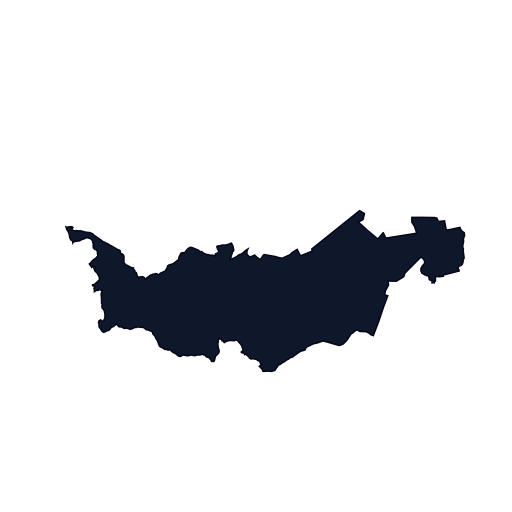 the district of Dalnic, Covasna, Romania, rotated 313°
{"feature_id": "2599482B83392942067718", "entity_name": "Dalnic", "entity_type": "district", "adm_level": 2, "iso_a3": "ROU", "parent_name": "Romania", "parent_adm1": "Covasna", "projection": "mercator", "projection_center": [25.968, 45.934], "detail": "fine", "context": "isolated", "style": "filled", "palette": "ink", "viewbox_px": 512, "rotation_deg": 313, "n_neighbors": 0, "source": "geoboundaries", "source_scale": "gbopen_adm2", "svg_char_len": 6158}
<svg xmlns="http://www.w3.org/2000/svg" viewBox="0 0 512 512"><g transform="rotate(313 256 256)"><path d="M383.6,414.8L384.4,413.6L384.6,412.6L385.3,411.7L387.1,411.4L388.9,412.4L390.8,412.5L393.2,411.3L393.9,410.5L396.6,409.5L401.2,403.9L402.6,402.9L403.1,401.8L404.4,400.3L408.5,397.7L409.5,396.5L410.5,395.7L413.1,394.7L415.1,392.4L414.7,390.2L415.0,387.6L416.0,385.6L407.6,379.8L404.8,377.4L410.3,369.9L405.7,365.9L407.0,362.4L406.1,360.6L397.0,350.5L390.5,343.6L386.9,347.1L385.8,351.6L382.3,358.0L357.6,338.7L359.8,333.3L359.7,333.1L351.5,333.5L350.8,320.0L350.6,307.7L354.7,309.2L356.0,309.3L361.1,306.3L360.4,304.0L360.1,301.8L359.7,300.8L299.1,292.0L298.0,293.8L286.5,288.4L288.9,281.6L282.6,279.9L280.5,280.1L272.3,276.7L270.3,273.6L268.8,270.5L262.7,261.1L261.5,260.8L257.4,261.5L256.4,261.4L255.7,258.0L255.8,254.4L251.0,252.3L251.0,248.5L252.2,247.0L254.3,245.6L255.5,245.3L253.5,244.7L248.3,244.1L246.9,243.7L245.7,242.9L240.7,241.8L235.5,239.5L236.8,239.2L240.0,237.4L241.5,236.9L242.7,236.0L244.3,236.1L245.1,235.8L247.2,232.9L248.2,230.7L248.6,229.3L248.5,229.0L247.0,228.5L243.3,226.4L241.3,224.1L238.5,222.3L237.7,221.4L236.5,220.9L235.9,221.1L235.6,222.1L234.8,223.1L234.4,224.9L233.5,225.9L232.6,226.0L229.9,224.9L228.3,226.1L228.1,225.6L226.4,222.9L225.8,222.8L225.5,222.5L225.1,221.2L223.4,218.7L222.4,216.1L222.2,214.8L222.3,213.3L220.8,211.8L220.8,211.2L221.1,210.5L220.8,209.4L218.5,203.3L217.6,202.0L215.4,201.3L212.5,201.2L210.2,201.6L209.4,201.2L208.0,199.7L206.8,199.2L202.5,200.5L200.7,201.8L193.9,200.7L190.1,198.5L188.5,198.1L186.6,199.1L182.9,199.8L178.5,197.9L177.2,197.7L175.9,197.9L175.6,197.4L175.6,196.2L174.9,194.7L173.1,193.8L172.7,193.2L169.1,191.5L168.3,191.6L165.5,191.0L163.6,191.7L163.3,191.0L164.1,189.1L163.6,187.2L160.6,184.6L160.0,183.7L161.0,181.6L162.0,180.4L162.2,179.7L162.0,179.1L162.0,178.0L162.8,177.1L162.8,175.1L163.7,174.6L162.3,172.1L161.5,168.4L160.9,167.6L160.9,164.6L161.4,163.6L165.3,160.1L166.0,159.2L166.3,158.4L166.3,156.9L165.7,155.2L165.9,154.5L167.2,153.1L167.2,152.4L166.3,150.1L164.8,143.4L164.2,141.5L163.9,139.2L163.3,138.1L162.9,136.1L162.2,134.3L161.5,128.1L160.8,124.1L160.8,121.2L159.7,118.4L157.3,115.2L154.8,110.5L154.0,109.9L151.8,107.0L151.3,107.2L151.0,107.0L149.9,104.5L149.9,104.1L150.4,102.5L151.9,102.8L152.0,102.5L151.9,101.5L151.6,101.0L149.9,99.4L148.3,98.5L147.8,97.2L146.3,99.5L146.0,101.3L144.8,104.1L142.4,107.3L141.9,108.4L141.5,109.7L141.8,110.8L141.8,111.8L140.7,113.0L141.3,112.9L143.2,113.7L146.8,116.7L148.6,117.1L151.4,118.6L153.6,119.5L154.1,119.8L155.5,122.5L155.9,124.1L155.7,126.0L154.0,128.2L153.5,129.4L152.5,129.8L152.3,130.6L151.9,130.6L151.4,131.0L151.5,131.3L151.0,131.6L150.9,132.1L151.2,132.8L150.9,133.1L150.9,133.5L151.6,134.7L151.2,136.6L151.3,137.3L149.9,138.0L148.3,140.2L148.0,140.3L145.0,140.3L142.0,139.6L140.0,139.5L138.6,139.8L136.5,139.5L135.8,143.3L135.6,143.6L137.7,144.3L138.3,145.2L138.4,145.8L136.9,146.9L136.7,145.9L136.5,145.7L136.0,146.5L135.9,147.3L135.2,148.1L135.1,151.7L133.5,156.2L132.6,156.9L132.3,157.5L131.4,157.7L125.1,157.2L123.5,156.1L123.0,156.6L122.9,157.0L123.6,158.2L122.9,159.3L121.7,159.7L121.1,160.8L119.7,162.1L121.7,162.6L122.3,163.0L123.0,163.9L124.5,164.4L124.9,164.8L125.3,165.9L126.0,166.9L122.6,168.6L118.9,172.7L116.2,175.1L115.5,177.0L114.8,177.0L113.7,178.1L113.0,179.0L112.9,180.9L112.3,182.6L110.5,185.1L108.9,186.7L107.9,187.3L107.2,188.4L106.1,188.1L105.0,188.8L104.1,188.6L103.0,186.8L103.4,186.5L103.3,185.9L101.4,185.4L99.6,186.4L99.2,187.7L97.8,188.7L97.0,190.1L96.7,192.2L96.0,194.1L96.1,196.4L97.4,197.3L99.7,198.0L100.9,198.9L102.4,199.2L105.3,198.8L106.1,199.4L108.3,200.1L110.7,200.3L111.3,201.0L111.0,201.7L110.7,203.4L111.0,204.5L112.2,205.8L112.7,206.9L113.0,208.9L114.7,210.4L116.0,212.4L116.6,214.1L119.3,215.5L120.2,215.5L122.3,217.3L123.1,217.5L126.8,222.2L127.2,223.9L127.2,225.9L128.3,227.6L129.8,231.3L129.3,232.8L128.7,233.5L128.4,236.9L127.6,238.6L127.0,241.0L125.9,243.5L125.9,244.0L125.1,244.7L124.9,246.4L124.3,246.6L124.5,247.2L124.3,247.7L124.4,248.5L125.0,249.8L125.5,253.0L126.8,254.6L127.2,256.0L128.4,256.5L129.0,257.4L128.8,257.6L128.7,259.8L129.1,260.6L128.9,261.4L129.7,263.2L129.9,267.3L130.6,268.7L131.2,269.5L133.7,269.7L134.1,270.6L135.2,272.3L136.2,272.9L135.9,273.4L136.5,274.3L137.0,274.4L137.9,275.2L139.3,275.9L139.8,276.9L140.3,277.0L140.4,277.8L141.5,279.4L143.4,280.4L144.9,281.8L145.3,282.6L146.6,283.1L148.0,284.2L147.9,285.1L148.5,285.6L148.6,286.9L148.4,288.1L148.6,289.0L149.6,291.0L149.3,293.6L148.7,295.2L148.9,295.8L149.8,296.9L150.8,297.1L154.9,294.8L159.6,294.9L160.8,294.3L161.9,293.3L163.3,290.8L165.6,288.1L166.6,287.3L167.2,287.3L168.3,285.9L169.1,285.8L169.9,285.0L170.6,285.9L171.5,287.8L170.8,289.2L171.4,290.1L171.0,291.7L171.1,292.0L173.4,292.5L176.4,294.5L179.2,297.9L181.0,298.6L181.6,301.4L181.3,302.0L180.9,305.8L180.3,307.4L178.6,310.5L177.1,310.9L175.8,310.6L175.4,311.1L176.7,313.6L176.2,315.1L177.3,315.2L177.3,319.3L176.9,321.2L177.2,321.7L177.3,322.7L178.4,323.3L180.5,326.5L180.8,327.5L180.7,328.6L181.8,330.8L181.3,331.1L180.7,331.9L180.2,333.7L178.8,333.9L177.6,333.6L177.3,338.2L176.3,339.7L180.5,343.8L182.1,346.0L185.1,347.8L191.5,346.8L193.1,347.6L195.3,348.0L198.8,349.1L200.3,349.2L203.2,350.2L204.7,350.3L207.5,351.8L208.6,351.8L216.5,353.5L220.6,355.9L222.9,355.2L224.1,355.2L230.8,357.8L234.3,360.2L239.4,362.9L241.2,365.9L247.1,377.6L248.0,378.4L251.2,379.8L256.1,380.0L263.5,378.7L266.2,379.3L269.4,379.6L270.9,380.3L271.6,383.4L275.8,388.2L276.6,390.9L276.8,394.2L277.4,394.8L277.8,396.1L291.8,390.4L306.1,383.9L316.8,379.5L315.5,376.9L316.7,375.6L319.4,374.2L325.0,372.8L325.8,372.1L327.6,369.5L333.2,375.8L341.1,378.1L342.5,377.9L345.0,376.6L367.2,377.3L368.0,378.0L367.8,379.4L368.0,381.0L366.8,383.3L365.2,384.4L362.2,384.4L359.2,385.2L357.5,386.8L357.3,387.7L356.6,388.9L357.3,391.9L357.2,392.0L357.7,392.9L358.1,394.4L358.8,395.4L358.9,396.1L356.9,398.9L357.7,401.9L356.4,403.0L357.8,404.5L358.0,404.3L358.2,404.6L359.0,403.5L359.8,404.3L360.5,404.0L362.7,401.6L363.5,401.8L364.4,402.4L366.2,404.6L369.0,406.8L369.7,405.9L383.6,414.8Z" fill="#0f172a" stroke="#020617" stroke-width="1.5"/></g></svg>